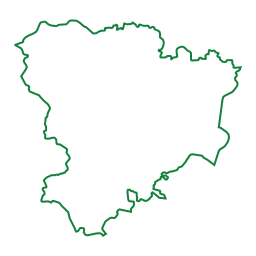 SVG path tracing the border of Volgograd
{"feature_id": "RUS-2369", "entity_name": "Volgograd", "entity_type": "Region", "adm_level": 1, "iso_a3": "RUS", "parent_name": "Russia", "parent_adm1": "", "projection": "albers", "projection_center": [44.238, 49.343], "detail": "fine", "context": "isolated", "style": "outline", "palette": "green", "viewbox_px": 256, "rotation_deg": 0, "n_neighbors": 0, "source": "natural_earth", "source_scale": "10m", "svg_char_len": 5689}
<svg xmlns="http://www.w3.org/2000/svg" viewBox="0 0 256 256"><path d="M240.6,67.3L239.7,69.8L239.2,70.4L236.8,71.6L236.2,72.1L235.8,73.2L236.7,74.5L236.9,75.4L236.6,76.2L235.3,77.5L235.0,78.3L235.3,79.9L237.4,82.6L237.5,84.7L236.9,86.3L234.7,89.3L232.3,92.0L224.5,95.9L223.2,97.2L222.5,99.5L218.8,127.3L220.9,128.0L226.5,132.0L228.5,134.4L229.0,137.3L228.4,140.3L227.0,143.2L225.2,145.7L223.7,147.1L221.0,148.7L219.7,149.7L218.8,151.0L214.3,165.0L207.7,160.0L203.4,157.5L202.9,157.1L202.3,155.9L202.0,155.7L193.0,154.3L192.1,154.3L191.0,154.6L189.3,155.8L189.0,156.3L188.6,157.5L187.3,158.9L185.7,161.8L182.2,166.0L181.5,166.6L179.2,167.2L178.0,168.4L177.0,170.1L174.3,170.8L172.7,171.4L170.1,171.6L166.8,173.3L164.6,172.3L163.1,172.6L161.7,173.7L161.6,174.0L161.8,174.6L162.2,175.3L163.2,175.9L165.1,175.4L166.0,175.6L167.1,176.8L167.9,177.2L168.0,177.4L167.8,178.0L166.9,179.4L166.0,179.6L165.5,179.4L163.1,177.1L161.2,176.7L160.8,177.1L160.6,178.5L160.4,179.2L158.3,179.9L157.3,180.9L155.5,181.8L155.2,182.1L155.1,183.9L154.8,184.4L153.6,185.4L153.5,185.7L154.0,186.5L153.8,187.3L153.4,188.2L153.4,188.7L153.5,189.0L159.9,190.8L160.2,191.3L160.1,192.8L160.3,193.6L163.9,194.8L164.9,196.5L165.5,198.5L159.0,197.7L157.7,196.3L152.6,192.4L152.3,192.4L151.6,193.3L151.5,193.7L152.0,195.1L151.9,196.0L149.1,199.1L147.7,200.2L146.4,200.8L145.3,200.9L141.0,199.1L140.3,199.6L139.4,200.9L139.0,201.1L137.8,201.1L137.2,200.9L136.9,200.4L137.1,197.8L136.7,195.2L136.7,193.1L136.5,192.7L134.2,192.2L133.0,191.1L131.2,191.1L130.0,189.9L128.1,189.7L127.6,190.4L127.5,192.2L128.2,199.0L128.7,200.7L129.4,201.2L133.6,201.6L133.9,202.1L133.9,205.2L133.2,206.5L131.2,208.6L131.0,209.5L131.0,211.8L119.4,209.4L118.5,209.9L117.0,211.9L117.0,212.4L117.7,213.7L117.5,214.7L115.3,217.5L114.6,218.0L114.1,218.1L112.1,217.7L111.1,217.8L110.2,218.0L105.9,221.0L105.0,222.2L103.0,226.5L102.2,228.5L102.7,229.8L105.9,233.9L104.9,234.2L103.4,235.6L102.9,235.6L101.8,234.2L100.9,233.5L99.8,233.3L96.4,233.4L88.0,235.2L86.5,235.2L85.2,234.5L84.1,233.0L83.8,232.3L84.1,229.8L84.0,228.8L83.6,228.3L83.2,228.1L80.3,228.0L77.9,231.1L76.6,231.6L76.2,231.6L75.9,231.2L75.5,230.6L74.3,227.4L70.0,219.0L69.5,217.6L68.5,213.3L68.1,212.1L61.5,205.6L60.1,203.7L59.2,202.8L53.3,200.8L52.4,201.1L51.3,202.5L51.0,202.5L49.1,201.6L47.3,201.4L43.5,201.7L41.7,201.5L41.4,201.0L41.4,199.7L42.7,196.0L43.1,195.4L44.4,194.4L44.5,194.1L44.5,192.6L44.3,191.8L42.9,190.1L42.7,189.1L42.8,188.4L43.5,187.8L46.2,187.4L46.5,187.0L46.3,185.9L45.5,183.9L43.9,180.8L43.9,180.3L44.2,179.9L46.2,177.8L47.5,177.0L51.7,175.2L54.9,175.2L56.7,174.6L58.3,174.9L60.5,173.7L62.3,173.6L63.4,172.9L65.0,172.6L66.0,170.9L67.3,170.2L67.8,168.7L67.7,167.8L66.3,164.9L66.0,163.8L66.1,163.5L66.5,162.7L67.9,160.9L69.4,159.2L69.7,158.6L69.7,158.2L69.5,157.5L68.9,155.9L67.1,153.7L66.6,152.7L67.0,149.9L66.8,148.9L60.1,144.5L57.5,144.2L56.9,143.9L56.5,143.0L56.2,139.9L55.7,138.8L55.2,138.2L54.0,137.7L52.7,137.7L48.9,138.7L46.0,138.6L45.5,138.4L45.1,137.9L45.0,137.6L45.3,136.0L45.3,135.1L44.1,132.6L43.9,131.7L44.4,131.0L45.7,130.7L46.1,130.2L46.0,126.3L45.0,124.5L44.9,123.8L45.4,121.1L45.7,118.1L46.0,117.5L46.8,117.2L47.2,116.8L47.5,114.4L48.4,111.7L49.9,108.8L49.9,107.8L48.5,105.2L47.7,104.1L43.6,100.5L40.3,97.0L39.2,95.4L29.9,91.6L29.2,90.6L28.8,89.4L28.9,88.0L29.3,86.8L29.1,86.5L28.3,85.8L26.3,85.0L25.6,84.5L21.2,76.3L26.0,69.1L26.8,67.1L26.1,65.2L24.0,61.9L23.8,60.8L24.0,60.0L24.4,59.1L25.2,58.0L27.6,57.0L27.8,56.6L27.9,55.4L27.5,55.1L24.4,54.5L23.7,54.1L23.4,53.8L22.0,49.7L21.1,48.5L20.6,48.0L16.3,45.7L15.4,45.1L15.4,44.8L22.8,42.1L23.2,41.6L23.1,40.6L23.7,39.4L25.6,37.3L29.1,35.3L32.6,33.9L35.8,32.0L36.3,31.5L37.6,29.3L39.5,24.4L40.7,22.5L44.1,21.7L45.1,21.8L46.8,22.9L48.2,24.3L50.9,25.4L55.8,26.1L57.2,25.8L58.9,24.8L66.2,24.3L67.1,23.6L69.3,21.1L71.3,20.4L75.9,20.7L76.9,20.9L80.4,23.2L84.1,26.5L85.9,27.0L93.0,33.3L94.0,33.5L96.7,33.1L98.3,31.9L100.3,31.0L102.2,30.7L104.5,30.6L105.1,29.9L105.2,29.6L104.9,28.4L105.5,28.0L110.0,27.6L111.3,28.1L112.0,28.0L112.8,27.3L113.6,25.5L115.1,25.6L116.2,24.7L116.8,24.9L117.3,25.7L117.3,27.1L116.9,29.2L117.1,29.8L117.8,29.6L119.2,28.6L120.2,28.5L121.1,28.0L121.6,28.2L122.1,29.2L122.6,29.2L122.8,29.1L123.3,27.9L124.3,23.5L127.0,24.3L131.4,23.9L131.9,23.5L132.4,22.6L132.7,22.5L133.8,23.4L135.5,24.4L136.5,26.1L137.3,26.8L138.1,26.9L138.7,26.5L138.8,26.2L138.9,25.0L139.3,24.6L140.3,24.7L143.7,25.9L147.8,25.7L148.5,25.9L149.2,27.5L149.4,27.7L150.8,27.8L152.4,26.9L153.9,27.2L154.4,27.9L154.4,28.9L155.0,29.5L157.5,30.4L159.1,31.4L159.6,32.0L160.1,34.3L159.9,36.7L160.0,37.3L160.5,37.8L162.6,39.4L163.2,40.3L163.5,41.2L163.7,42.8L163.6,44.3L163.0,46.6L162.0,48.7L160.9,49.6L159.0,49.9L158.7,50.4L158.7,50.7L159.1,51.2L161.2,51.8L161.8,52.4L161.8,53.0L160.8,54.8L160.4,56.1L160.4,57.1L160.9,57.5L165.5,57.4L166.2,57.1L166.8,56.5L167.5,56.0L170.5,56.0L171.1,56.6L171.2,58.7L171.4,59.2L172.0,58.9L173.0,57.7L176.7,57.0L177.1,56.5L177.2,56.0L176.9,54.3L176.5,51.1L176.6,50.2L176.9,49.3L177.5,48.4L179.0,47.5L181.6,46.7L183.0,46.8L184.4,47.5L187.9,50.9L189.9,51.7L190.8,52.7L191.0,53.4L191.0,59.5L191.4,60.3L192.1,60.5L198.2,60.1L198.8,59.4L199.2,58.0L200.2,57.7L201.1,57.8L201.4,58.5L201.9,58.8L205.6,58.9L205.8,58.7L205.9,58.3L205.4,56.6L205.4,55.9L205.5,55.4L206.9,54.3L207.5,54.1L208.5,54.2L208.9,50.8L209.1,50.2L209.4,50.1L211.4,50.9L212.1,51.0L213.8,50.5L214.5,50.8L215.9,52.4L218.4,53.2L218.4,53.7L217.5,55.3L217.4,55.9L217.5,56.3L218.4,57.1L219.8,57.5L219.9,59.1L220.3,59.8L221.7,60.7L222.2,61.5L223.0,61.8L225.0,62.1L226.1,61.7L226.6,60.5L227.0,60.2L231.7,60.1L232.0,60.2L232.2,60.6L232.4,63.8L233.5,65.3L233.6,67.5L235.0,67.8L240.6,67.3Z" fill="none" stroke="#15803d" stroke-width="2"/></svg>